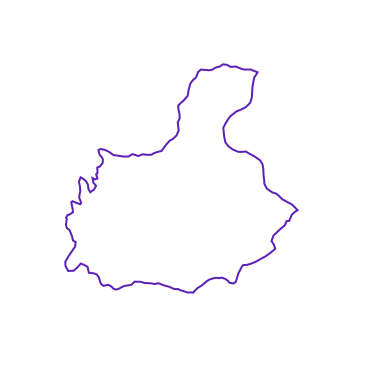 Kalo Chorio Larnakas, Larnaca, Cyprus (Albers equal-area conic projection), rotated 125°
{"feature_id": "46923920B16676393580799", "entity_name": "Kalo Chorio Larnakas", "entity_type": "district", "adm_level": 2, "iso_a3": "CYP", "parent_name": "Cyprus", "parent_adm1": "Larnaca", "projection": "albers", "projection_center": [33.532, 34.924], "detail": "fine", "context": "isolated", "style": "outline", "palette": "violet", "viewbox_px": 384, "rotation_deg": 125, "n_neighbors": 0, "source": "geoboundaries", "source_scale": "gbopen_adm2", "svg_char_len": 2655}
<svg xmlns="http://www.w3.org/2000/svg" viewBox="0 0 384 384"><g transform="rotate(125 192 192)"><path d="M146.3,95.1L144.9,103.0L145.5,107.9L146.2,114.0L145.4,118.0L145.0,121.9L146.3,126.1L146.3,132.7L143.6,137.6L141.1,139.5L137.5,142.8L132.7,146.4L129.0,149.9L127.0,154.4L127.0,161.2L127.6,166.5L128.0,171.1L130.1,173.6L132.6,177.1L133.8,183.3L133.7,188.2L132.2,193.1L129.1,196.5L125.8,199.5L121.4,203.2L115.4,204.0L109.7,204.2L106.6,203.7L100.3,201.7L96.3,199.1L91.6,196.6L85.5,195.5L80.3,197.2L75.7,200.0L71.1,202.8L65.5,205.4L64.3,205.9L62.7,206.6L56.3,206.9L58.0,214.1L62.0,219.9L63.1,223.5L64.0,227.9L67.4,232.2L67.8,236.5L69.8,240.0L73.3,241.2L75.0,242.7L76.6,244.0L80.8,245.9L82.9,248.5L85.9,253.7L86.6,254.9L90.0,255.8L93.2,255.0L96.1,254.5L99.9,255.4L103.8,255.6L109.6,253.6L115.8,250.7L121.6,251.3L125.2,252.2L129.1,252.9L132.1,250.5L135.1,247.2L138.5,244.5L139.8,244.1L143.3,243.5L146.6,240.5L149.1,238.3L154.5,237.1L159.3,238.0L162.4,239.6L167.3,240.3L175.9,240.5L178.1,242.5L181.6,245.2L184.7,246.6L187.2,249.9L189.3,253.9L193.4,256.8L195.0,262.4L199.5,264.5L202.4,268.7L204.8,273.7L206.8,277.6L206.7,282.9L207.2,285.9L207.7,288.1L209.2,291.5L211.4,292.7L214.6,288.9L215.1,286.1L216.4,283.7L219.5,281.8L224.0,282.1L226.3,283.6L230.5,280.4L232.4,280.7L235.2,277.2L237.3,278.7L237.6,281.5L240.9,278.2L242.0,274.1L246.3,273.7L250.6,275.2L248.9,278.6L245.6,281.6L244.0,284.9L243.6,288.9L243.9,291.7L248.5,290.5L251.9,286.8L255.7,283.8L258.8,282.6L261.4,281.1L264.5,276.5L266.2,276.6L267.3,281.0L268.1,284.6L268.5,284.7L269.7,285.0L274.3,280.1L276.9,277.9L280.9,279.5L282.1,280.7L285.2,280.5L285.9,279.2L291.3,276.3L293.4,273.6L293.4,270.5L296.8,265.3L300.0,261.5L299.7,258.7L303.8,256.4L307.0,256.4L315.2,256.3L321.8,255.8L325.2,253.2L327.7,248.1L324.3,243.7L319.5,242.7L314.4,242.0L313.6,238.4L313.2,234.7L317.3,230.2L314.9,225.7L314.2,222.6L315.3,219.5L319.4,214.1L319.7,210.7L316.1,207.5L315.6,204.0L316.2,201.3L315.7,198.5L313.7,196.7L310.9,195.3L307.8,193.7L305.3,190.9L302.7,188.4L298.4,187.6L295.2,182.9L293.7,178.7L290.6,173.7L288.6,169.5L286.0,167.2L285.0,163.0L284.3,160.6L282.7,156.3L281.6,150.7L279.5,147.8L279.2,145.4L278.2,142.5L276.7,137.6L274.7,135.1L273.8,133.3L271.5,133.1L267.3,132.3L263.5,130.6L260.1,129.6L256.7,128.8L253.7,127.5L250.7,125.2L248.4,123.0L247.1,120.4L245.1,118.5L244.1,114.8L244.2,111.5L244.8,109.1L243.1,105.5L240.3,104.6L231.8,107.4L224.5,108.3L222.5,108.2L220.4,105.4L217.1,102.7L212.6,99.8L207.2,97.2L202.7,94.9L195.9,92.6L190.7,91.3L188.2,94.7L186.5,98.8L180.8,100.3L171.3,98.3L166.1,96.9L161.5,97.8L159.9,95.8L153.5,97.2L148.9,96.2L146.3,95.1Z" fill="none" stroke="#5b21b6" stroke-width="2"/></g></svg>